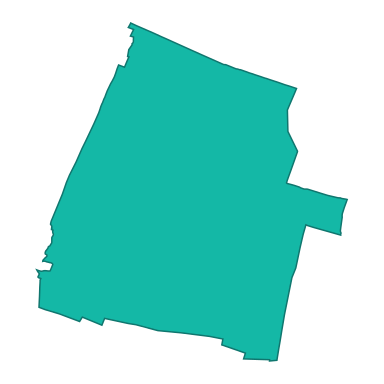 Desa, Dolj, Romania
{"feature_id": "2599482B69091861879874", "entity_name": "Desa", "entity_type": "district", "adm_level": 2, "iso_a3": "ROU", "parent_name": "Romania", "parent_adm1": "Dolj", "projection": "natural_earth1", "projection_center": [23.007, 43.851], "detail": "fine", "context": "isolated", "style": "filled", "palette": "teal", "viewbox_px": 384, "rotation_deg": 0, "n_neighbors": 0, "source": "geoboundaries", "source_scale": "gbopen_adm2", "svg_char_len": 3368}
<svg xmlns="http://www.w3.org/2000/svg" viewBox="0 0 384 384"><path d="M276.9,360.3L278.7,349.1L280.1,341.0L281.7,331.1L284.5,314.5L291.9,277.7L295.8,268.0L300.1,247.5L303.2,234.2L305.9,224.8L307.7,225.6L313.5,227.4L316.7,228.3L340.7,235.1L340.7,234.0L340.9,233.6L341.0,233.1L340.9,232.7L340.8,232.4L340.7,232.2L340.6,231.9L340.5,231.7L340.4,231.3L340.4,230.9L340.4,230.6L340.8,227.2L342.2,217.2L342.1,215.7L342.2,214.8L342.3,213.8L344.3,207.5L345.8,203.4L347.2,199.5L346.1,199.2L343.0,198.7L341.9,198.5L341.0,198.2L340.3,197.9L339.6,197.9L338.0,197.8L327.7,195.4L321.5,193.5L308.7,189.5L308.0,189.3L307.1,189.1L306.1,189.1L305.4,189.1L305.0,189.1L304.5,189.1L303.3,188.8L300.6,187.8L300.2,187.6L299.9,187.4L299.7,187.2L294.6,185.5L291.8,184.7L287.6,183.6L287.1,183.4L286.7,183.2L286.5,182.9L287.3,180.2L289.5,174.1L290.9,170.3L297.3,152.2L297.4,151.8L297.5,151.4L297.5,151.2L287.9,131.5L287.4,110.0L288.7,106.9L295.0,92.2L296.5,88.5L289.0,86.0L285.0,84.8L277.6,82.2L269.9,79.7L267.6,78.9L266.1,78.4L264.9,78.1L260.6,76.6L254.5,74.6L253.5,74.2L252.3,73.8L250.6,73.3L248.7,72.7L247.8,72.3L246.1,71.7L240.4,69.7L239.9,69.8L238.7,69.4L237.4,69.0L236.3,68.9L235.2,68.5L234.2,68.1L228.8,65.9L225.8,64.7L224.8,64.6L223.9,64.6L223.3,64.4L200.8,54.4L191.2,50.1L183.0,46.4L165.7,38.6L161.8,36.9L153.3,33.0L136.5,25.7L130.7,23.0L130.6,23.3L130.0,24.5L128.3,27.5L133.6,29.5L130.4,36.1L133.5,37.0L133.5,37.8L133.4,39.1L133.4,40.0L133.4,40.9L133.3,42.1L132.9,42.9L132.4,43.3L132.0,43.8L132.1,44.5L132.0,44.9L131.8,45.2L131.8,45.4L131.5,45.7L128.8,49.6L127.6,56.5L128.9,56.9L127.3,60.5L124.5,67.2L118.6,65.0L117.1,68.8L115.7,73.2L114.3,77.0L112.2,81.1L110.7,83.6L107.3,90.7L105.9,94.3L104.7,97.6L104.3,98.2L103.8,99.3L103.1,101.2L102.5,102.8L101.9,103.9L101.0,106.1L100.5,107.5L100.2,108.6L98.8,112.7L93.9,123.8L85.4,141.7L82.0,148.6L76.1,162.0L69.5,175.1L66.4,182.5L62.4,194.1L51.2,221.2L50.5,224.2L51.6,225.8L51.8,226.2L51.8,226.6L51.8,227.0L51.7,227.3L51.7,227.6L51.7,227.8L51.9,228.0L51.9,228.3L51.8,228.6L51.7,228.7L51.6,228.8L51.4,229.0L51.5,229.6L51.8,229.6L52.2,229.8L52.9,230.0L53.0,230.1L53.0,230.4L52.9,230.7L52.7,231.1L52.7,231.3L52.7,232.0L52.8,232.4L52.9,233.1L53.3,233.8L53.4,234.3L53.2,235.2L52.6,236.3L52.1,237.0L51.9,237.4L51.8,238.2L51.8,240.6L51.8,242.3L51.6,243.1L51.2,243.8L50.7,244.3L50.4,244.9L50.4,245.3L50.1,245.6L49.7,246.0L49.1,246.3L48.6,246.5L48.3,246.9L48.0,247.9L47.7,248.5L47.4,248.9L47.1,249.3L46.8,249.7L46.5,250.1L45.8,250.9L45.4,251.8L45.1,253.0L45.3,254.0L46.8,254.9L47.0,256.0L46.4,256.9L45.4,257.5L45.1,257.9L44.3,258.8L43.4,259.7L42.9,260.4L42.9,260.8L42.8,261.3L43.1,261.2L43.8,261.2L44.2,261.2L44.8,261.2L45.3,261.3L46.5,261.8L47.3,262.0L47.9,262.1L49.4,262.5L50.1,262.7L50.7,262.7L51.6,263.1L52.1,263.4L52.6,264.0L52.8,264.5L50.2,270.8L49.5,271.0L48.5,271.0L47.4,270.9L45.9,270.7L44.0,270.7L42.5,271.1L41.2,271.3L39.7,270.9L38.1,270.4L36.8,269.9L37.5,271.2L37.7,271.5L37.9,271.8L38.4,272.5L38.8,273.1L39.2,273.5L39.4,273.9L38.8,275.0L38.6,275.8L38.1,276.3L38.0,277.1L38.1,277.3L38.8,277.8L39.7,278.1L40.8,278.5L40.1,280.2L40.1,281.8L39.8,287.5L39.5,296.6L39.0,307.3L45.1,309.6L59.4,313.9L79.6,321.5L82.3,317.1L101.9,325.2L104.6,318.4L128.3,323.5L135.9,324.7L157.8,330.6L181.0,332.8L209.6,336.4L222.9,339.0L221.8,344.9L245.4,353.1L243.6,358.9L269.6,359.7L269.5,361.0L276.9,360.3Z" fill="#14b8a6" stroke="#0f766e" stroke-width="1.5"/></svg>